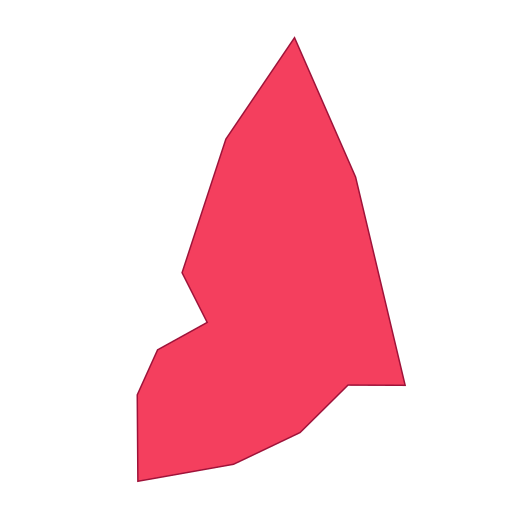 an SVG outline of Għarb, rotated 85°
{"feature_id": "MLT-5975", "entity_name": "Għarb", "entity_type": "state/province", "adm_level": 1, "iso_a3": "MLT", "parent_name": "Malta", "parent_adm1": "", "projection": "robinson", "projection_center": [14.205, 36.061], "detail": "fine", "context": "isolated", "style": "filled", "palette": "rose", "viewbox_px": 512, "rotation_deg": 85, "n_neighbors": 0, "source": "natural_earth", "source_scale": "10m", "svg_char_len": 324}
<svg xmlns="http://www.w3.org/2000/svg" viewBox="0 0 512 512"><g transform="rotate(85 256 256)"><path d="M41.9,198.6L186.1,149.9L397.8,118.7L392.6,175.6L435.7,227.5L461.5,296.5L470.1,393.3L384.0,386.4L340.9,362.2L317.9,310.4L266.2,331.1L136.9,275.8L41.9,198.6Z" fill="#f43f5e" stroke="#9f1239" stroke-width="1.5"/></g></svg>